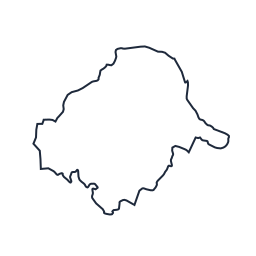 SVG path tracing the border of Bratislavský, rotated 75°
{"feature_id": "SVK-1051", "entity_name": "Bratislavský", "entity_type": "Region", "adm_level": 1, "iso_a3": "SVK", "parent_name": "Slovakia", "parent_adm1": "", "projection": "natural_earth1", "projection_center": [17.27, 48.331], "detail": "fine", "context": "isolated", "style": "outline", "palette": "slate", "viewbox_px": 256, "rotation_deg": 75, "n_neighbors": 0, "source": "natural_earth", "source_scale": "10m", "svg_char_len": 3321}
<svg xmlns="http://www.w3.org/2000/svg" viewBox="0 0 256 256"><g transform="rotate(75 128 128)"><path d="M118.7,223.4L113.3,219.3L105.9,217.0L100.6,214.5L101.8,209.7L99.1,207.8L98.2,207.3L99.5,201.8L100.7,198.8L103.0,196.4L100.0,193.6L99.0,191.9L95.5,186.6L93.1,185.2L89.4,184.7L86.2,183.1L80.4,177.7L78.8,173.1L78.8,166.7L77.7,161.4L74.1,150.9L74.0,149.5L74.3,146.1L74.1,144.9L73.3,143.8L71.8,143.4L69.3,141.5L67.2,140.6L65.4,139.7L64.7,137.9L64.4,136.6L63.7,134.9L62.9,133.5L62.3,132.8L61.3,132.2L61.7,130.8L62.6,129.1L63.1,127.8L62.1,125.4L59.7,123.2L57.3,121.5L56.0,120.8L51.4,120.4L49.6,119.5L48.9,117.7L49.0,114.5L49.4,113.2L50.0,112.3L50.6,110.5L52.7,94.8L53.6,90.6L56.0,86.7L62.0,79.3L63.2,75.4L64.9,72.7L68.7,70.1L72.5,66.7L73.0,65.2L73.8,65.1L87.7,61.5L98.1,61.1L98.8,61.0L99.0,60.5L98.7,59.8L98.0,58.4L99.4,58.3L102.4,59.0L112.5,63.1L114.8,63.7L116.1,63.5L125.7,60.0L128.8,58.3L132.9,57.4L135.8,57.2L137.5,56.8L138.5,56.0L139.5,54.1L140.3,53.2L141.3,52.6L143.4,51.9L145.2,50.8L145.7,50.4L146.1,49.9L146.6,48.7L146.9,48.1L147.5,47.5L148.5,46.6L149.9,45.7L150.4,45.6L150.8,45.5L151.2,45.4L151.4,45.1L151.7,44.7L158.1,35.8L160.2,33.6L161.7,32.6L162.8,32.8L163.4,33.2L163.8,33.6L164.3,33.9L166.7,34.5L167.5,34.9L168.3,35.5L169.3,36.4L170.2,37.5L171.0,38.9L171.6,40.9L171.7,43.7L170.4,47.1L169.2,49.1L165.1,53.7L164.4,54.4L163.7,54.6L162.9,54.7L162.2,54.6L161.4,54.7L160.9,55.2L159.3,58.9L158.9,59.4L158.4,59.8L155.8,60.9L155.9,62.8L154.7,65.1L167.2,75.6L165.1,76.8L164.1,77.6L163.0,78.9L159.5,83.5L157.6,86.9L158.4,90.2L161.3,91.2L164.5,91.1L165.0,91.2L165.5,91.4L166.0,91.8L166.6,92.4L168.3,93.5L169.6,94.6L170.2,94.9L171.2,95.1L175.3,95.2L176.0,95.6L176.1,96.2L175.6,97.3L175.1,97.9L175.0,98.5L175.5,99.2L177.6,100.7L178.4,101.4L180.0,103.5L181.8,105.1L182.8,106.4L186.7,113.0L187.6,114.0L188.3,114.5L189.6,114.6L190.5,114.9L191.3,115.6L192.6,116.8L193.3,117.8L194.0,118.8L194.5,119.4L194.5,120.6L194.0,122.2L192.0,126.0L190.3,128.5L190.1,129.3L190.1,129.9L191.5,133.2L204.0,141.7L197.6,148.2L196.5,150.0L196.3,151.5L196.8,154.1L197.2,155.1L197.8,155.5L198.8,155.7L203.6,157.6L204.1,158.6L204.1,159.9L203.6,163.1L204.1,164.2L204.6,164.7L205.6,164.4L206.0,164.4L206.3,164.6L206.8,165.4L207.1,165.7L207.1,166.6L206.8,168.0L205.3,171.2L204.5,172.5L203.7,173.1L202.5,172.7L199.9,173.4L192.6,178.3L186.5,180.6L185.4,180.6L184.4,180.3L182.6,179.1L181.6,178.7L178.5,178.4L177.8,178.2L177.6,177.9L177.5,177.4L177.8,176.8L178.8,175.2L178.4,174.2L178.1,173.7L178.0,173.2L177.8,172.8L177.4,172.7L176.7,172.9L175.2,173.7L174.3,174.0L173.5,174.5L173.0,175.2L172.3,178.1L172.4,179.0L172.6,179.5L172.9,180.0L174.0,181.1L174.5,181.6L174.8,182.1L174.9,182.5L174.6,183.0L173.9,183.7L172.5,184.2L171.6,184.3L170.6,184.8L169.7,185.4L167.9,186.8L165.7,188.1L164.7,188.3L162.1,188.4L156.7,187.3L155.9,187.3L155.4,187.6L155.3,188.0L156.6,189.8L156.7,190.5L156.6,191.2L156.3,192.4L156.2,193.2L156.3,193.7L156.6,194.1L158.4,195.3L159.7,196.3L160.2,196.6L160.7,196.7L164.4,196.5L164.7,196.5L165.2,196.7L165.4,197.0L165.8,197.5L165.7,197.9L164.7,198.7L162.2,200.0L158.7,202.5L157.1,203.1L156.0,203.2L155.4,202.9L154.9,203.1L154.5,203.7L154.5,205.4L154.7,206.5L155.1,207.8L154.9,208.4L154.2,209.0L151.7,210.2L150.5,211.0L146.3,215.4L145.0,222.8L135.4,220.6L127.1,219.1L118.7,223.4Z" fill="none" stroke="#1e293b" stroke-width="2"/></g></svg>